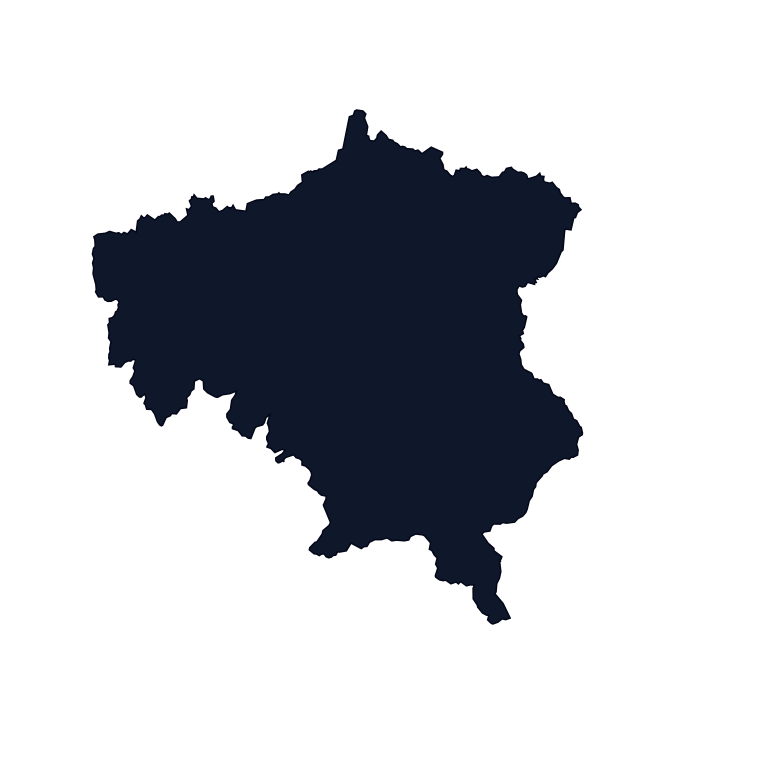 outline of Lucanas, Ayacucho, Peru, rotated 338°
{"feature_id": "86281439B5175485015663", "entity_name": "Lucanas", "entity_type": "district", "adm_level": 2, "iso_a3": "PER", "parent_name": "Peru", "parent_adm1": "Ayacucho", "projection": "natural_earth1", "projection_center": [-74.354, -14.75], "detail": "fine", "context": "isolated", "style": "filled", "palette": "ink", "viewbox_px": 768, "rotation_deg": 338, "n_neighbors": 0, "source": "geoboundaries", "source_scale": "gbopen_adm2", "svg_char_len": 6171}
<svg xmlns="http://www.w3.org/2000/svg" viewBox="0 0 768 768"><g transform="rotate(338 384 384)"><path d="M617.5,266.5L615.6,260.0L612.9,259.9L608.2,256.6L608.4,254.2L610.1,251.5L607.1,249.9L607.4,246.9L603.1,248.5L594.3,247.8L594.5,243.5L593.0,241.0L590.5,238.8L587.5,238.0L583.8,232.9L583.3,230.8L578.3,230.0L575.1,232.5L573.2,232.1L568.3,235.1L561.1,232.7L557.7,229.3L554.4,229.4L552.6,227.2L552.4,224.3L550.5,219.7L545.3,219.3L542.9,216.3L541.5,215.8L541.4,213.6L539.6,214.4L535.7,212.8L534.0,214.5L531.0,212.7L527.3,217.0L525.2,217.2L523.4,214.6L522.1,210.2L519.7,207.8L520.9,202.6L520.2,195.7L524.3,193.0L525.1,191.1L516.5,182.1L505.5,184.7L503.2,179.9L499.9,179.4L498.8,177.0L493.0,174.2L492.5,172.5L490.5,170.7L488.1,170.4L486.5,166.3L483.7,163.2L483.4,161.3L479.8,158.8L479.1,154.5L476.1,148.4L471.3,150.6L469.4,153.4L466.0,155.0L462.7,153.5L461.9,151.8L462.6,148.5L460.8,146.8L465.3,139.3L465.5,130.0L468.3,126.9L466.8,123.0L461.3,119.7L459.1,119.9L456.3,123.4L452.0,123.2L433.9,150.7L429.4,150.2L423.6,158.7L407.1,161.6L404.3,160.3L402.1,161.2L399.1,160.1L397.8,160.7L395.6,159.0L394.1,159.4L393.5,158.4L386.1,159.3L384.0,166.3L378.3,167.5L374.3,170.1L369.6,171.1L366.7,173.2L363.4,170.7L358.5,168.7L358.2,167.4L356.8,167.9L352.0,166.6L347.6,167.5L344.4,166.4L342.0,168.1L334.6,165.7L324.9,165.6L320.7,172.1L311.6,166.9L311.0,161.7L308.9,163.4L306.9,162.7L306.7,163.5L305.2,160.7L299.3,162.6L295.4,162.4L294.0,157.9L291.5,155.6L292.0,152.2L294.9,150.9L296.0,145.7L294.2,145.1L292.1,147.1L290.3,147.2L288.2,144.4L286.7,145.1L280.1,141.7L278.8,137.4L277.3,139.0L276.0,138.4L274.7,140.4L272.2,141.2L272.2,147.0L268.6,149.3L266.5,147.6L265.4,154.1L255.7,157.4L252.9,156.3L252.4,152.7L249.0,145.1L246.9,145.4L244.6,144.0L243.3,145.1L241.1,144.1L238.8,145.0L237.7,144.2L233.0,146.2L227.9,138.6L224.5,140.4L223.2,139.6L222.0,137.1L219.4,139.6L216.7,140.4L211.1,150.4L207.5,146.1L202.5,148.8L199.6,146.0L196.5,147.1L194.8,144.4L192.0,143.9L186.7,139.7L182.4,139.9L174.6,137.8L170.1,138.8L169.9,142.0L167.8,148.2L165.4,149.5L162.3,154.3L162.1,158.9L159.1,162.7L158.3,167.5L155.5,172.8L154.1,183.8L152.5,188.8L151.1,190.6L151.9,196.3L156.3,198.0L156.7,201.5L158.7,203.8L162.1,205.1L166.9,204.7L168.4,206.0L169.2,208.8L167.0,210.9L166.5,213.6L163.8,216.4L162.1,216.6L160.0,219.3L157.0,220.7L153.7,220.3L152.4,224.5L150.1,225.7L148.3,233.6L145.8,238.2L146.7,242.5L143.1,248.0L142.0,251.7L140.1,253.4L138.4,257.3L138.5,259.1L136.0,263.1L142.4,265.0L141.5,267.3L146.5,269.7L151.7,266.9L155.4,266.8L157.8,267.9L160.3,267.1L162.8,268.7L157.5,275.2L158.0,278.5L153.9,283.1L149.9,285.9L148.9,288.2L151.2,291.9L150.8,301.0L152.4,304.5L153.8,305.2L158.4,303.6L158.3,307.4L154.2,312.1L155.0,313.8L154.5,318.5L158.9,320.5L160.1,325.9L159.8,334.1L160.7,337.9L161.9,339.4L163.2,339.4L169.4,333.5L174.0,333.4L176.1,331.9L180.4,334.0L186.0,330.5L191.9,332.0L195.4,325.6L195.7,322.8L199.8,321.2L202.5,318.3L205.9,317.3L209.2,310.4L214.9,310.0L217.6,313.5L215.0,321.1L217.2,326.1L222.7,332.7L224.6,334.0L230.4,333.5L237.4,335.2L244.5,335.3L241.9,338.5L236.7,342.0L232.1,350.0L227.1,352.9L225.9,355.8L226.7,362.0L229.3,364.3L228.7,366.4L227.3,367.1L226.8,368.7L231.3,372.5L233.1,379.0L236.0,380.2L237.8,383.3L240.1,384.7L247.9,376.5L249.9,375.8L256.1,376.5L258.3,375.2L261.9,371.0L266.9,369.4L261.2,376.6L261.1,380.6L259.9,385.3L255.5,389.0L254.5,391.6L254.6,395.9L251.8,398.5L255.1,401.5L257.1,406.7L265.1,406.4L267.3,408.4L263.5,410.5L255.9,412.0L255.0,414.8L256.2,417.4L257.5,417.7L261.9,417.3L261.5,415.7L262.3,417.0L261.8,418.9L262.8,416.5L265.4,415.3L273.7,415.8L274.9,419.4L277.7,421.6L279.2,424.4L277.6,428.4L280.5,430.7L282.9,435.4L283.4,438.2L282.9,441.3L279.3,445.6L276.5,447.4L276.3,449.1L279.9,455.6L282.4,458.3L282.7,460.7L284.3,463.6L288.4,466.3L287.1,469.0L282.4,473.6L282.5,492.3L280.0,494.6L272.6,497.0L270.4,500.0L262.7,505.2L260.6,505.0L253.9,507.9L252.6,509.8L255.6,515.3L257.6,516.3L259.8,518.9L262.4,518.3L264.9,519.2L265.6,522.5L267.6,524.4L270.4,524.8L272.3,523.9L275.1,524.6L278.3,522.1L279.5,523.1L286.6,524.6L293.8,519.2L301.3,528.1L304.3,527.3L307.4,528.2L311.2,525.3L317.3,524.9L323.2,527.3L329.2,527.9L332.4,532.3L337.1,533.5L344.1,537.0L348.5,537.9L351.3,535.3L357.2,535.0L363.2,538.3L364.7,539.9L367.4,548.0L367.4,549.2L364.1,554.2L366.0,556.3L366.5,561.3L368.1,565.3L364.4,570.4L364.9,574.8L359.7,581.1L359.6,582.5L362.2,586.5L365.3,588.6L367.7,589.0L371.2,594.3L376.7,594.6L378.1,597.2L381.0,595.9L384.8,602.0L388.9,602.6L392.5,604.4L390.1,606.7L386.2,616.7L387.7,624.0L387.3,626.0L389.5,633.2L392.5,636.8L394.5,637.8L391.7,641.6L393.8,646.2L395.1,647.3L400.5,647.5L405.6,646.0L408.6,648.1L413.3,648.3L412.2,632.2L408.3,620.1L410.0,618.8L413.8,611.3L418.2,607.4L422.0,601.8L424.6,592.5L425.7,591.9L425.6,590.4L427.1,590.1L428.6,588.3L423.5,579.9L424.4,577.5L420.9,570.5L418.5,559.7L421.6,558.7L427.1,560.0L430.7,556.0L433.3,554.9L439.4,557.5L442.0,556.9L445.6,559.0L453.4,561.0L457.7,559.0L463.2,558.4L467.3,556.3L469.8,553.8L474.9,546.6L479.3,543.6L483.0,537.9L486.1,536.0L488.1,532.5L496.4,528.4L497.4,527.1L502.3,526.5L508.8,522.6L517.0,520.8L523.5,520.5L527.6,523.1L530.0,522.0L532.0,522.8L536.8,522.4L539.3,517.9L539.9,512.2L544.5,506.1L548.8,505.3L549.7,503.7L550.6,498.0L549.6,496.8L548.9,490.2L546.5,487.5L546.8,481.6L545.1,477.9L545.0,472.8L543.8,471.7L544.2,467.8L545.2,466.1L542.6,462.4L540.3,461.6L536.7,456.7L536.5,446.2L532.0,442.9L531.1,438.8L529.3,438.6L528.2,436.9L525.0,435.6L525.0,429.4L519.3,422.8L518.5,417.5L520.0,412.5L520.3,406.7L522.3,404.2L527.4,402.5L528.1,399.2L526.8,394.4L527.9,393.1L527.6,390.1L532.1,389.4L532.4,386.2L535.3,384.1L541.5,375.2L540.8,373.8L538.9,373.3L538.1,369.8L540.1,361.5L542.9,357.8L541.1,351.0L542.5,346.4L546.0,343.6L548.5,345.9L551.4,346.3L555.2,343.5L560.9,348.0L561.5,346.6L563.2,346.9L563.1,342.7L565.7,344.3L565.3,342.5L566.4,342.2L568.5,343.4L572.5,343.5L573.9,345.0L577.5,342.4L583.2,340.3L589.0,336.8L597.8,327.8L600.1,326.9L609.3,308.8L611.0,308.7L615.1,311.2L622.1,301.1L623.9,301.4L627.5,297.5L632.0,296.2L630.7,292.9L631.2,290.5L629.1,288.0L625.2,286.6L626.2,280.9L621.4,279.2L620.3,277.8L619.0,273.0L619.4,269.3L617.5,266.5Z" fill="#0f172a" stroke="#020617" stroke-width="1.5"/></g></svg>